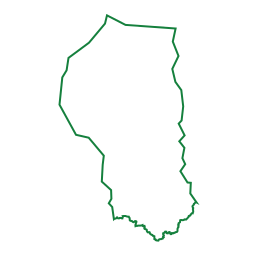 Ibba, Western Equatoria, South Sudan
{"feature_id": "79223893B81466867971410", "entity_name": "Ibba", "entity_type": "district", "adm_level": 2, "iso_a3": "SSD", "parent_name": "South Sudan", "parent_adm1": "Western Equatoria", "projection": "orthographic", "projection_center": [29.215, 5.058], "detail": "fine", "context": "isolated", "style": "outline", "palette": "green", "viewbox_px": 256, "rotation_deg": 0, "n_neighbors": 0, "source": "geoboundaries", "source_scale": "gbopen_adm2", "svg_char_len": 3190}
<svg xmlns="http://www.w3.org/2000/svg" viewBox="0 0 256 256"><path d="M107.0,15.4L105.0,23.6L89.0,42.7L68.5,57.9L66.6,70.3L62.3,77.4L59.5,104.7L76.0,134.8L88.7,137.7L103.8,155.7L102.7,164.7L101.8,181.6L111.1,190.1L111.4,198.8L108.8,203.3L112.2,207.0L113.9,219.1L114.0,219.0L114.4,218.9L114.9,218.6L115.5,218.6L116.5,218.1L116.9,217.4L117.2,217.4L117.4,218.0L118.0,218.3L118.5,218.3L119.2,218.3L119.5,218.0L120.4,217.9L120.9,218.0L121.2,218.0L121.8,218.4L122.4,218.4L122.5,217.8L122.8,217.1L123.0,216.5L122.8,216.1L123.4,216.0L124.5,216.0L125.5,216.0L126.3,216.3L127.0,216.5L127.9,216.7L128.8,216.7L129.1,217.5L129.5,217.8L129.7,218.7L129.7,219.4L129.8,220.3L130.4,220.8L130.9,220.8L132.2,221.2L132.5,221.7L133.3,222.2L134.1,221.9L134.8,221.2L135.8,221.1L136.4,221.5L136.4,222.1L135.8,223.2L135.9,223.9L135.5,224.6L135.4,225.2L135.5,226.2L136.5,225.9L137.5,225.9L138.0,225.6L139.2,225.6L140.2,225.6L140.8,225.5L141.4,225.5L142.1,225.2L142.6,225.0L142.7,225.5L142.7,225.9L142.9,226.1L143.6,226.1L144.5,225.9L144.7,226.4L144.7,227.1L144.7,228.0L144.3,228.2L144.6,228.9L145.3,229.1L145.9,229.3L146.7,229.7L146.8,230.2L146.8,230.8L147.0,231.4L147.2,231.7L147.7,232.3L148.2,232.3L149.0,232.1L149.6,232.2L149.8,232.5L149.8,233.3L149.9,233.6L150.8,234.2L151.4,234.8L151.7,234.8L152.3,234.9L152.7,235.5L153.0,235.9L153.7,235.9L154.4,236.3L154.3,237.1L154.4,237.7L154.4,238.5L154.3,239.0L154.7,239.3L155.5,239.3L155.9,239.8L155.9,240.2L156.4,240.4L157.2,240.5L158.0,240.6L158.4,240.6L158.7,239.9L159.0,239.5L159.6,239.3L160.1,239.1L160.8,239.1L161.2,239.1L161.9,238.7L162.6,238.7L163.0,238.0L163.6,237.4L163.0,236.9L163.1,236.4L163.8,235.9L163.9,235.4L163.6,234.9L163.2,234.5L163.1,233.7L163.2,233.2L164.0,233.0L164.3,232.8L164.7,232.1L165.2,231.6L166.2,231.7L166.2,232.1L166.4,232.9L166.7,233.2L167.1,233.3L167.9,233.3L168.2,232.7L168.7,232.3L169.2,232.0L169.8,232.2L169.9,232.7L170.0,233.3L170.2,233.7L170.9,234.2L171.3,234.1L171.6,233.5L171.9,233.0L172.7,233.1L173.0,233.4L173.6,233.2L173.8,232.9L174.3,232.9L174.8,232.8L175.2,232.3L175.6,232.1L176.1,232.1L176.8,232.0L177.2,231.6L177.5,231.0L177.5,230.5L177.5,230.1L177.5,229.4L177.5,228.8L177.9,227.8L178.4,227.3L178.5,226.7L178.3,226.5L178.4,225.9L178.6,225.3L178.2,224.9L178.7,224.3L178.5,223.6L178.6,223.2L179.4,222.7L180.0,222.2L180.1,221.6L180.1,220.9L180.2,220.2L180.9,220.0L181.4,220.0L182.0,220.1L182.7,220.2L183.3,220.1L184.0,219.9L184.3,219.5L184.9,219.3L185.4,219.5L186.2,219.5L186.6,219.0L187.3,218.4L187.7,217.9L188.2,217.2L188.7,216.8L188.8,216.0L189.3,215.8L190.0,215.7L190.5,215.2L190.6,214.6L191.2,214.0L191.8,213.3L192.7,213.3L192.7,213.0L192.8,212.6L193.2,211.9L193.2,211.3L193.1,210.7L193.1,210.2L193.1,209.8L192.9,209.4L192.9,208.8L193.2,208.3L193.2,207.9L192.9,207.6L192.7,207.2L192.5,206.6L192.5,206.2L192.7,205.8L193.2,205.4L193.5,204.9L193.9,204.5L193.9,203.9L194.5,203.5L194.9,203.0L195.3,202.5L195.8,202.3L196.3,202.3L196.5,202.4L190.3,193.5L190.8,182.8L187.5,182.5L180.4,171.2L185.2,164.2L182.4,158.2L184.4,147.8L179.3,141.3L184.6,135.4L178.7,123.6L181.6,120.5L183.2,106.4L181.3,90.1L175.4,81.9L172.3,68.9L178.5,56.0L172.8,41.6L175.6,28.5L125.5,24.9L107.0,15.4Z" fill="none" stroke="#15803d" stroke-width="2"/></svg>